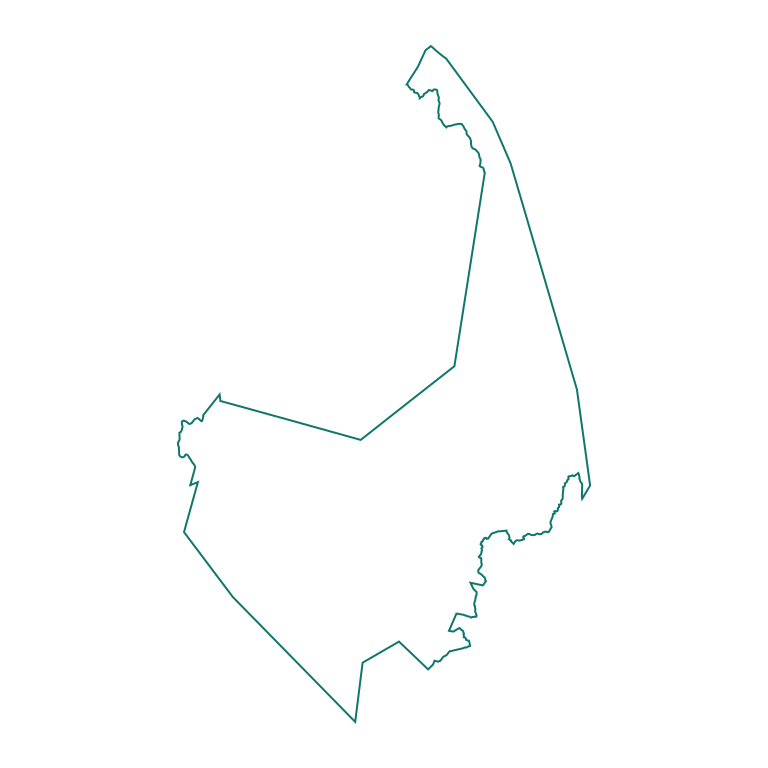 the district of Santa María Guienagati, Oaxaca, Mexico
{"feature_id": "50627088B17469590564501", "entity_name": "Santa María Guienagati", "entity_type": "district", "adm_level": 2, "iso_a3": "MEX", "parent_name": "Mexico", "parent_adm1": "Oaxaca", "projection": "natural_earth1", "projection_center": [-95.328, 16.779], "detail": "fine", "context": "isolated", "style": "outline", "palette": "teal", "viewbox_px": 768, "rotation_deg": 0, "n_neighbors": 0, "source": "geoboundaries", "source_scale": "gbopen_adm2", "svg_char_len": 5885}
<svg xmlns="http://www.w3.org/2000/svg" viewBox="0 0 768 768"><path d="M446.2,58.6L441.8,55.4L436.6,51.1L431.7,46.7L430.8,46.1L425.5,50.3L418.0,66.6L417.2,67.9L408.1,82.1L407.0,84.1L406.7,84.5L407.7,84.8L408.1,85.6L408.3,86.0L408.6,86.5L408.9,86.9L409.6,87.6L410.1,88.2L410.4,88.8L410.8,89.4L411.6,89.6L412.5,89.5L413.1,89.7L413.5,89.9L413.7,90.0L413.8,90.2L414.2,92.3L415.8,92.8L417.1,92.9L417.8,93.6L418.4,94.4L418.8,95.1L418.9,95.9L419.2,96.5L419.9,97.2L419.8,98.1L420.7,97.5L421.6,96.7L422.8,96.5L423.3,95.9L423.6,95.3L423.9,94.0L424.8,93.6L425.6,93.0L427.2,92.1L428.0,90.8L429.1,90.0L430.4,90.4L432.4,91.1L432.8,90.6L433.0,90.3L433.5,89.7L434.2,89.4L436.3,89.7L436.6,89.7L437.2,90.7L437.4,92.9L437.6,93.9L438.2,95.9L438.8,97.3L438.8,98.1L438.5,100.6L439.1,101.8L439.4,102.4L439.5,103.4L439.5,104.2L438.8,106.8L438.5,110.0L438.2,112.0L438.7,114.5L438.9,114.9L438.8,116.2L438.5,117.5L438.8,118.5L439.9,119.2L440.8,119.9L441.6,121.0L442.2,122.3L442.9,123.6L443.7,124.6L443.9,125.3L444.9,125.9L445.8,126.9L446.3,127.4L447.1,126.5L448.3,126.1L449.9,125.9L451.0,125.7L452.6,125.3L454.3,124.7L455.8,124.4L457.3,124.2L458.4,123.9L459.5,123.8L460.7,123.9L461.8,124.0L462.4,125.2L463.2,125.9L463.6,126.6L464.1,127.8L464.7,129.0L465.1,129.6L465.8,130.4L466.5,131.3L466.5,132.6L466.7,134.2L467.5,135.3L468.9,136.6L470.0,138.1L470.6,139.7L471.0,141.2L471.1,144.3L471.4,146.2L472.0,147.5L472.4,148.0L473.5,148.8L475.6,149.6L478.6,153.2L479.2,154.8L479.1,155.8L479.7,157.8L480.4,158.8L480.6,160.4L480.4,163.0L480.1,164.6L479.7,165.3L479.6,165.9L480.3,166.6L481.2,167.0L482.7,167.5L483.5,168.4L483.9,170.0L483.9,170.8L484.1,171.2L484.8,172.6L454.4,366.2L410.2,400.9L392.4,414.9L379.1,425.4L360.7,439.9L291.5,420.6L256.7,411.0L220.4,401.0L219.6,394.5L203.2,415.2L203.4,415.9L202.7,418.9L202.3,420.5L201.5,421.2L200.1,420.2L199.2,419.1L197.3,418.0L194.5,419.4L193.0,421.4L191.7,423.0L190.4,423.8L189.1,423.9L187.2,422.4L185.9,421.4L183.7,420.6L182.3,421.2L181.9,421.7L181.8,423.3L182.2,425.2L182.5,426.1L182.4,427.8L181.8,429.9L181.0,431.8L179.4,432.7L179.5,436.4L179.6,437.5L179.6,438.3L179.6,439.6L179.2,440.5L178.4,441.8L177.9,443.5L178.2,445.4L178.7,446.7L179.0,447.9L178.8,449.2L179.1,450.6L179.1,453.1L179.3,455.1L180.1,456.3L181.3,457.1L182.7,457.3L183.6,457.1L184.4,456.4L185.0,455.6L185.3,454.9L186.2,454.5L186.8,454.5L187.7,455.2L188.5,456.1L189.2,457.6L190.1,458.8L190.8,459.8L191.4,461.0L192.2,462.2L193.0,463.4L193.8,464.1L194.4,465.1L194.8,465.8L195.2,466.9L195.1,467.7L190.3,485.2L197.9,482.1L184.0,532.1L232.9,597.1L248.4,612.9L331.6,697.8L355.2,721.9L362.6,662.7L368.8,659.1L399.0,641.6L415.5,657.3L428.1,669.4L433.1,664.5L434.5,660.7L437.9,661.7L440.3,660.8L443.4,656.7L444.1,656.3L446.0,655.5L447.2,654.4L447.8,653.5L449.7,651.2L450.8,651.1L463.3,648.2L464.5,647.5L466.3,647.6L467.8,646.7L469.3,646.2L470.1,646.0L469.9,644.9L469.6,643.2L469.3,642.2L468.9,640.8L467.8,640.5L466.2,639.9L465.9,638.7L465.1,637.5L463.8,637.3L463.9,635.7L463.5,634.6L464.0,633.5L463.4,632.6L463.3,631.8L463.1,631.0L462.6,630.6L461.9,630.2L460.8,629.3L459.4,628.0L453.2,631.6L449.0,630.8L456.4,613.7L457.7,613.6L458.7,614.1L459.8,614.1L462.4,614.6L463.8,614.8L464.6,615.4L465.8,615.5L466.5,615.8L467.1,616.3L468.4,616.4L469.2,616.5L470.3,617.1L471.1,617.6L472.0,617.2L472.5,616.9L473.2,617.0L474.2,616.9L474.6,616.6L475.2,616.6L475.9,616.7L476.4,616.6L476.5,615.7L476.5,615.0L476.4,614.6L476.0,613.9L475.7,612.8L475.3,612.1L475.2,611.4L475.1,610.7L475.3,610.0L475.4,609.4L475.3,608.4L474.9,607.7L475.1,606.2L474.3,605.3L474.2,604.0L474.4,602.4L474.9,601.2L475.1,600.7L475.3,599.7L475.5,598.7L475.8,596.0L476.5,595.2L476.6,592.1L473.4,588.9L470.5,582.8L482.9,585.4L486.0,581.1L485.3,580.4L485.3,579.3L485.0,578.4L484.6,577.4L483.8,576.9L483.2,576.4L482.1,575.0L481.0,574.3L480.2,573.6L478.8,573.0L478.3,572.1L478.2,570.8L478.5,569.8L479.5,568.5L480.0,567.9L480.9,566.8L481.4,565.9L481.8,564.8L481.7,564.2L481.4,563.2L481.3,561.8L481.3,560.5L481.3,559.3L481.2,558.2L480.8,558.0L479.7,557.7L478.9,557.1L478.9,556.5L479.5,556.1L480.1,555.1L480.6,554.9L481.2,553.9L481.2,553.2L481.5,552.7L481.5,551.3L482.0,550.7L481.9,549.9L481.5,548.9L481.5,548.1L482.3,547.5L482.6,546.8L482.0,545.4L481.4,545.3L480.6,544.4L480.7,543.9L481.1,543.8L481.2,543.2L481.4,542.5L481.4,542.0L482.4,541.7L482.6,541.4L482.8,540.2L483.7,539.6L483.8,539.0L484.3,538.2L485.0,538.2L485.5,537.8L485.9,537.9L486.6,538.8L487.2,538.5L488.0,538.7L491.6,533.6L498.3,531.3L499.2,531.4L506.5,530.6L506.7,532.2L507.8,533.6L508.7,534.8L509.0,535.8L509.6,538.2L508.9,539.2L510.1,540.1L511.1,540.5L511.0,541.4L512.8,543.0L513.6,543.9L515.0,541.6L516.3,540.4L518.0,540.3L519.2,540.6L520.6,540.3L521.8,540.0L523.0,539.6L524.0,539.2L524.0,538.3L523.3,537.7L523.2,537.0L523.8,536.1L525.1,535.9L526.4,534.9L527.8,533.9L529.4,534.1L531.5,535.0L533.6,535.2L535.3,534.7L536.4,533.8L537.4,533.6L538.5,533.9L540.0,534.3L541.4,534.0L542.9,532.6L544.1,532.0L545.6,531.6L546.6,532.0L548.0,532.2L548.9,531.8L550.5,528.9L551.6,527.1L551.3,525.4L550.8,524.3L550.4,522.8L550.8,521.2L552.7,516.5L552.8,515.1L552.9,514.1L553.6,513.9L554.6,513.7L554.7,512.8L554.2,511.7L555.1,510.9L556.2,511.4L557.3,511.1L558.0,509.8L557.8,508.3L559.0,507.2L559.1,504.6L560.6,504.6L561.4,503.4L561.1,501.8L561.3,500.4L562.1,499.7L562.7,498.2L562.7,497.0L562.7,495.5L562.9,493.3L563.0,491.1L563.4,490.2L563.3,488.7L563.1,487.1L563.8,486.9L564.4,486.3L564.7,486.1L564.7,485.2L565.0,484.1L565.0,483.4L565.6,482.9L566.5,482.3L567.0,481.3L567.2,480.2L568.0,479.7L568.6,479.0L568.3,477.4L568.6,476.3L569.4,476.4L570.2,476.1L571.6,475.7L572.5,475.3L573.1,475.9L574.5,476.1L575.4,475.1L576.7,474.4L578.2,473.0L578.8,474.0L579.0,475.1L579.2,476.1L579.6,477.6L579.3,478.6L579.9,479.9L580.3,481.1L580.8,482.3L581.7,483.0L582.2,484.4L581.9,497.2L582.2,498.8L590.1,485.5L587.3,464.9L576.9,389.4L524.9,211.9L510.6,163.4L492.7,121.8L446.2,58.6Z" fill="none" stroke="#0f766e" stroke-width="2"/></svg>